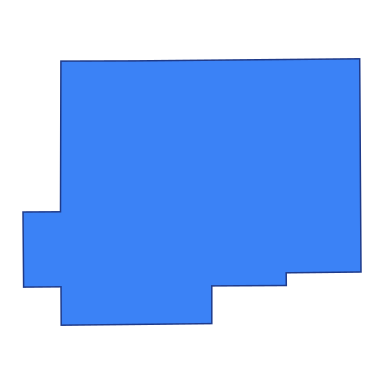 outline of Putnam, Ohio, United States of America
{"feature_id": "52423323B37159201054732", "entity_name": "Putnam", "entity_type": "district", "adm_level": 2, "iso_a3": "USA", "parent_name": "United States of America", "parent_adm1": "Ohio", "projection": "orthographic", "projection_center": [-84.197, 41.013], "detail": "fine", "context": "isolated", "style": "filled", "palette": "blue", "viewbox_px": 384, "rotation_deg": 0, "n_neighbors": 0, "source": "geoboundaries", "source_scale": "gbopen_adm2", "svg_char_len": 290}
<svg xmlns="http://www.w3.org/2000/svg" viewBox="0 0 384 384"><path d="M23.0,212.0L23.6,287.1L61.0,286.8L61.2,325.2L211.8,323.6L211.8,285.9L286.3,285.5L286.2,272.8L361.0,272.0L359.7,58.8L134.5,60.9L60.9,61.1L60.5,211.8L23.0,212.0Z" fill="#3b82f6" stroke="#1e3a8a" stroke-width="1.5"/></svg>